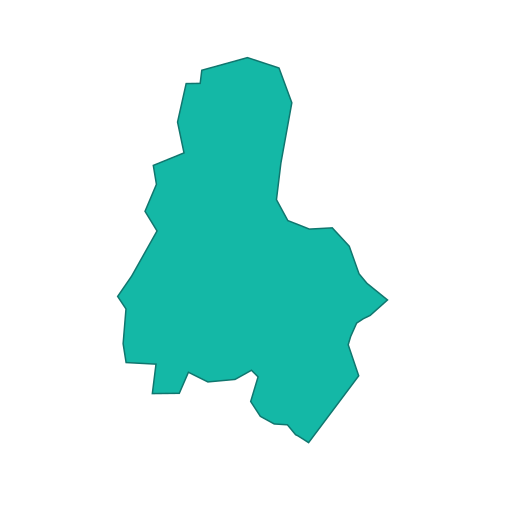 SVG path tracing the border of Auces, rotated 212°
{"feature_id": "LVA-5740", "entity_name": "Auces", "entity_type": "Municipality", "adm_level": 1, "iso_a3": "LVA", "parent_name": "Latvia", "parent_adm1": "", "projection": "albers", "projection_center": [22.926, 56.453], "detail": "fine", "context": "isolated", "style": "filled", "palette": "teal", "viewbox_px": 512, "rotation_deg": 212, "n_neighbors": 0, "source": "natural_earth", "source_scale": "10m", "svg_char_len": 756}
<svg xmlns="http://www.w3.org/2000/svg" viewBox="0 0 512 512"><g transform="rotate(212 256 256)"><path d="M336.1,427.6L306.8,404.9L284.1,347.9L268.5,314.6L247.8,302.9L225.0,307.1L206.2,320.3L205.6,320.1L182.1,313.7L159.2,295.5L147.4,291.6L121.2,288.4L127.7,266.1L131.7,259.8L135.1,252.4L133.1,238.0L130.8,229.6L105.4,208.8L112.5,125.6L125.4,125.7L127.7,125.4L139.9,129.5L151.6,123.2L167.3,122.3L183.4,129.8L190.2,154.6L199.3,156.7L208.4,140.2L230.1,123.7L251.7,121.6L248.3,98.9L271.0,84.4L283.5,111.3L309.7,96.8L322.2,111.2L338.2,142.2L351.9,148.4L350.8,173.2L353.2,224.8L373.8,235.1L378.4,264.0L391.1,278.4L371.7,305.3L393.5,328.0L406.6,365.2L394.8,372.8L400.4,384.8L368.4,419.7L336.1,427.6Z" fill="#14b8a6" stroke="#0f766e" stroke-width="1.5"/></g></svg>